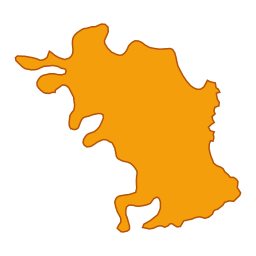 São Jorge d'Oeste, Paraná, Brazil (Albers equal-area conic projection)
{"feature_id": "56859067B52253080464426", "entity_name": "São Jorge d'Oeste", "entity_type": "district", "adm_level": 2, "iso_a3": "BRA", "parent_name": "Brazil", "parent_adm1": "Paraná", "projection": "albers", "projection_center": [-52.964, -25.661], "detail": "fine", "context": "isolated", "style": "filled", "palette": "amber", "viewbox_px": 256, "rotation_deg": 0, "n_neighbors": 0, "source": "geoboundaries", "source_scale": "gbopen_adm2", "svg_char_len": 3342}
<svg xmlns="http://www.w3.org/2000/svg" viewBox="0 0 256 256"><path d="M55.0,92.5L55.5,90.0L62.4,85.0L65.9,85.4L68.6,87.5L69.9,89.8L73.7,97.2L73.9,100.1L74.6,105.0L74.4,107.3L73.8,110.2L71.7,112.7L70.0,115.4L69.1,122.3L69.3,126.0L70.8,128.7L74.1,129.6L76.5,129.2L78.3,127.8L80.5,122.1L81.7,119.5L83.5,117.6L85.8,116.8L89.0,116.1L91.2,115.2L93.9,114.4L97.8,113.6L100.8,113.6L103.0,114.8L103.4,117.8L102.3,120.7L101.1,123.4L99.4,126.8L97.0,129.5L94.3,131.7L89.3,133.4L87.2,134.5L85.3,136.6L83.6,139.4L83.0,142.6L84.2,145.1L86.9,146.9L90.5,146.5L93.1,145.1L97.4,142.1L102.9,139.6L106.5,139.8L109.5,141.7L111.9,142.6L113.1,144.5L114.8,148.2L115.9,153.4L116.4,156.4L117.7,158.4L119.8,159.7L122.6,161.0L127.9,162.2L130.9,163.6L133.3,165.8L135.4,168.5L136.9,171.1L137.1,173.7L136.7,176.1L136.4,179.3L136.4,182.5L136.7,188.1L135.7,192.4L129.2,194.5L124.4,195.1L119.4,196.0L117.4,197.0L115.9,198.7L114.8,201.8L115.1,204.1L115.9,207.4L117.3,211.6L120.7,218.0L120.9,222.0L118.6,225.3L117.2,228.3L121.2,231.8L123.5,231.9L127.5,231.0L129.4,229.4L129.6,226.8L128.5,222.6L127.1,217.6L126.0,215.0L125.8,212.0L125.9,209.6L126.6,206.9L129.0,205.1L132.7,205.2L136.1,206.1L138.6,206.3L142.3,205.8L147.3,204.7L150.4,203.3L153.6,198.8L156.9,197.1L159.0,198.3L160.4,201.8L160.4,208.1L159.0,212.0L157.6,214.8L150.4,220.5L146.4,222.8L144.0,224.1L142.5,227.5L146.0,228.1L149.1,228.9L151.3,228.6L153.8,228.1L156.3,226.8L159.1,225.9L161.6,225.9L164.7,227.2L168.2,225.7L170.0,223.8L172.4,223.8L174.3,225.3L177.1,226.9L180.4,226.5L183.7,220.9L185.9,220.4L192.2,219.0L194.8,217.8L199.1,216.8L202.2,217.4L204.8,218.3L208.6,217.2L212.5,214.1L213.6,211.1L215.5,209.8L217.7,209.3L222.8,205.2L224.7,202.3L229.5,200.8L233.7,201.3L237.3,197.8L239.7,195.4L240.6,192.8L237.3,187.7L238.0,181.7L236.5,179.4L233.7,177.4L230.3,177.3L227.9,174.4L224.6,171.7L223.2,168.9L221.2,167.4L216.7,165.6L213.5,163.0L212.6,160.2L210.8,156.0L209.8,152.2L209.0,148.3L209.3,144.0L210.5,140.7L213.0,141.2L213.9,137.6L213.2,134.1L214.3,131.9L210.4,130.8L208.4,127.2L211.5,124.3L214.3,122.5L212.7,119.7L212.0,116.6L215.1,113.9L213.9,110.9L214.9,107.3L218.9,105.9L219.2,102.3L217.3,99.1L216.7,96.0L216.4,93.2L219.8,92.3L218.3,89.2L216.1,87.8L215.3,82.9L212.7,82.4L210.3,81.8L207.4,80.3L205.1,84.8L203.7,87.1L200.6,89.2L197.4,89.3L193.9,88.0L190.5,85.6L186.6,81.1L183.1,76.0L180.3,70.7L177.9,66.0L176.7,61.1L176.0,57.3L174.7,52.7L172.5,49.4L170.1,48.5L166.0,48.8L159.7,49.2L154.5,48.5L149.6,47.5L145.3,45.2L141.9,42.5L138.5,41.0L134.9,40.8L131.7,42.6L128.7,45.8L126.6,50.5L124.4,53.3L121.8,55.0L119.6,55.3L116.3,54.4L111.5,52.1L107.5,48.0L104.7,43.4L104.5,40.3L106.8,35.4L108.2,31.9L108.0,27.1L105.1,24.3L101.3,24.1L95.5,26.6L91.4,26.9L86.8,28.3L83.6,28.6L79.4,31.1L76.8,33.0L74.7,35.1L73.1,37.8L72.5,40.4L72.4,44.1L73.0,49.5L72.7,53.2L71.5,55.9L69.2,58.1L64.7,59.5L59.8,58.0L57.4,56.9L54.3,55.0L51.6,52.7L49.4,51.2L47.2,57.1L45.7,58.6L43.1,59.9L40.2,60.3L37.1,58.9L32.2,57.6L24.9,56.3L17.4,56.0L15.4,57.7L16.0,60.7L19.4,64.0L22.3,66.8L25.2,68.7L31.6,69.9L35.9,69.6L38.7,68.7L40.8,67.6L44.0,66.3L48.3,66.0L52.8,65.5L56.0,66.0L58.5,66.7L61.3,68.3L64.9,68.9L66.2,70.8L65.3,73.7L61.5,74.9L58.0,74.6L53.7,73.7L49.6,73.8L46.0,74.7L43.5,75.2L40.7,76.6L38.6,79.2L37.0,82.3L37.1,85.7L38.9,88.4L40.8,90.3L43.6,92.5L45.7,93.2L49.4,93.4L52.8,92.2L55.0,92.5Z" fill="#f59e0b" stroke="#b45309" stroke-width="1.5"/></svg>